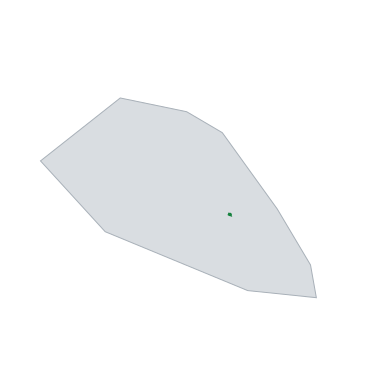 Morne Rouge/Marc, Castries, Saint Lucia shown in context, rotated 110°
{"feature_id": "8701671B11332589204327", "entity_name": "Morne Rouge/Marc", "entity_type": "district", "adm_level": 2, "iso_a3": "LCA", "parent_name": "Saint Lucia", "parent_adm1": "Castries", "projection": "orthographic", "projection_center": [-60.97, 13.959], "detail": "fine", "context": "in_parent", "style": "filled", "palette": "green", "viewbox_px": 384, "rotation_deg": 110, "n_neighbors": 0, "source": "geoboundaries", "source_scale": "gbopen_adm2", "svg_char_len": 555}
<svg xmlns="http://www.w3.org/2000/svg" viewBox="0 0 384 384"><g transform="rotate(110 192 192)"><path d="M259.0,260.0L214.6,345.0L128.2,291.6L118.4,224.5L125.9,183.8L178.8,106.1L220.0,55.7L248.8,39.0L265.6,106.0L259.0,260.0Z" fill="#d9dde1" stroke="#a8b0b8" stroke-width="1"/><path d="M200.9,150.0L201.1,149.0L201.0,148.2L200.9,147.6L200.9,147.4L200.8,147.5L200.7,147.5L200.5,147.4L200.4,147.5L200.2,147.8L199.8,147.7L199.6,147.6L199.4,147.8L199.1,148.5L199.4,149.1L199.5,150.0L200.9,150.0Z" fill="#22c55e" stroke="#15803d" stroke-width="1.5"/></g></svg>